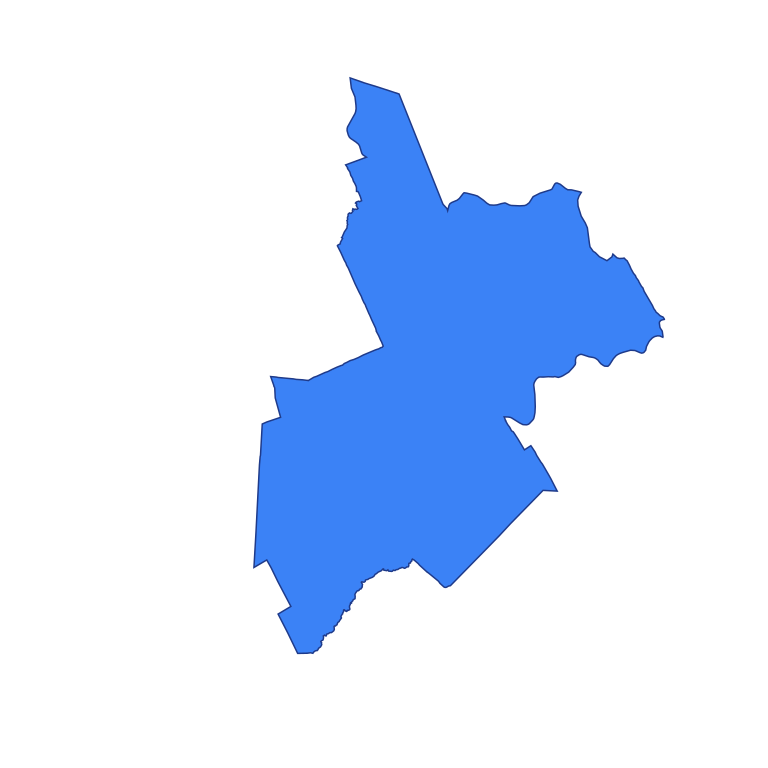 outline of Lugoj, Timis, Romania, rotated 305°
{"feature_id": "2599482B71711166476892", "entity_name": "Lugoj", "entity_type": "district", "adm_level": 2, "iso_a3": "ROU", "parent_name": "Romania", "parent_adm1": "Timis", "projection": "albers", "projection_center": [21.931, 45.705], "detail": "fine", "context": "isolated", "style": "filled", "palette": "blue", "viewbox_px": 768, "rotation_deg": 305, "n_neighbors": 0, "source": "geoboundaries", "source_scale": "gbopen_adm2", "svg_char_len": 6171}
<svg xmlns="http://www.w3.org/2000/svg" viewBox="0 0 768 768"><g transform="rotate(305 384 384)"><path d="M582.2,585.6L582.8,585.4L586.5,582.0L587.1,581.2L588.1,578.6L588.8,577.4L591.7,574.7L592.7,574.1L594.5,574.2L595.3,574.6L596.3,575.3L597.7,576.6L598.1,576.2L598.7,574.7L598.9,573.8L598.6,573.1L598.3,570.8L598.8,568.0L598.9,565.9L599.2,565.1L599.6,564.4L600.5,561.8L602.3,558.8L609.1,544.0L611.3,540.8L611.6,539.0L613.9,534.2L614.6,533.2L615.8,529.6L617.0,527.8L617.8,524.8L620.0,520.3L622.1,516.9L624.4,512.4L624.4,511.2L624.9,508.4L624.2,507.9L621.8,504.8L621.0,502.5L621.7,497.0L618.9,497.8L612.9,495.9L611.8,487.5L612.8,481.8L612.7,479.2L614.5,474.1L616.9,471.7L628.6,461.0L631.4,456.4L634.6,449.3L641.0,441.0L645.8,437.1L649.7,436.0L654.2,435.7L653.4,433.3L650.6,426.3L648.5,423.1L648.3,420.4L648.7,413.9L648.0,410.6L647.2,409.6L646.2,409.2L645.0,409.2L640.0,409.8L638.6,409.1L629.9,402.4L623.0,398.7L615.8,399.0L612.6,398.0L610.9,396.9L607.8,393.0L603.3,385.9L602.6,384.2L601.9,379.8L601.5,379.0L599.0,376.6L595.6,373.9L593.5,371.4L591.3,367.8L591.1,364.4L591.6,359.9L591.6,352.8L590.6,349.6L587.8,342.3L586.6,339.9L585.1,339.6L579.2,339.3L576.5,338.5L571.6,335.4L569.6,334.6L567.6,334.8L562.5,336.7L563.8,335.0L565.0,329.5L565.6,328.4L630.2,230.0L623.9,209.2L619.3,195.0L615.3,180.7L607.5,187.7L602.5,195.6L596.3,201.1L593.6,203.2L591.0,204.5L589.1,205.1L573.7,206.7L572.1,207.3L570.3,208.5L567.5,211.9L566.4,213.9L566.0,215.7L566.1,222.0L565.8,225.5L565.0,227.4L560.4,233.3L559.9,234.3L559.6,235.4L559.7,239.5L541.5,226.9L540.2,230.3L539.6,230.5L538.1,234.4L535.8,237.2L534.5,240.2L532.6,242.6L531.6,244.9L530.0,247.7L528.9,248.9L526.0,251.0L526.7,252.3L525.9,254.0L524.4,256.3L524.3,256.6L521.3,260.5L519.3,259.4L519.3,258.5L517.8,257.3L516.9,256.9L516.0,256.8L515.8,256.9L516.2,257.6L516.1,257.9L515.1,258.9L514.6,258.7L514.3,258.9L512.8,262.0L511.7,261.7L511.2,261.2L510.7,259.9L509.7,259.6L509.8,258.5L509.7,258.0L508.0,258.6L507.6,259.5L505.1,259.3L504.5,258.5L504.5,257.8L503.5,257.4L503.3,257.2L502.3,257.3L500.9,258.3L500.2,258.3L498.9,258.8L498.4,259.6L498.1,259.8L496.5,259.9L496.1,260.8L494.4,261.8L493.9,262.7L492.8,262.9L490.5,264.2L485.8,264.3L480.5,265.4L479.6,265.3L479.6,266.2L479.5,266.6L475.3,267.0L474.1,267.5L473.8,267.8L471.2,266.5L470.5,266.5L467.0,273.1L462.6,280.5L461.3,283.3L459.9,285.2L458.5,288.2L449.5,302.8L444.8,311.2L442.8,315.1L441.0,317.7L439.1,321.0L438.2,323.2L437.3,324.4L433.0,331.3L432.3,332.7L429.7,336.8L425.0,345.0L423.2,347.2L422.9,347.2L420.4,352.1L417.7,356.5L417.3,357.5L414.6,361.6L413.0,361.5L412.2,360.7L409.2,359.2L408.8,358.7L406.5,357.1L395.9,350.4L390.9,347.8L386.9,345.3L383.8,342.9L380.3,341.1L378.0,339.7L375.6,339.2L374.6,338.3L370.8,335.8L366.2,333.1L362.0,330.9L359.6,329.1L351.8,324.5L349.2,322.6L343.4,320.0L343.5,319.8L342.8,318.8L340.8,315.0L337.4,309.4L336.2,306.8L328.6,293.5L327.9,291.8L325.1,286.9L319.8,294.3L318.8,295.4L318.6,296.1L317.8,297.0L310.2,302.9L297.4,318.4L285.7,309.8L281.4,307.2L254.8,323.7L253.5,324.2L246.4,328.3L187.8,365.0L159.1,382.7L172.6,388.9L168.7,397.0L161.3,410.3L148.4,435.3L134.8,429.2L124.8,448.1L113.8,467.8L119.4,475.5L121.7,478.0L122.6,480.2L124.3,480.2L126.0,480.8L127.0,481.7L127.2,482.1L128.3,482.3L130.0,482.0L132.2,482.8L134.3,482.6L135.1,482.3L135.5,481.6L136.4,481.2L136.5,480.4L136.7,480.0L137.8,480.0L139.1,480.8L139.6,480.8L141.3,480.1L142.9,478.8L143.4,479.2L144.0,479.2L144.3,479.5L144.1,480.4L144.5,481.1L146.4,480.6L147.8,481.8L149.1,482.1L150.3,483.6L153.0,484.4L154.4,484.1L156.7,482.2L157.3,482.2L158.0,483.1L158.8,483.1L159.7,483.6L162.1,482.9L163.7,483.5L164.6,483.3L166.5,483.4L167.3,483.2L167.7,483.4L168.1,483.2L168.3,482.7L168.7,482.2L169.2,482.0L171.4,481.8L172.1,482.0L172.6,481.5L174.5,481.4L175.5,480.6L176.0,480.6L176.3,480.9L176.0,482.8L176.2,483.8L176.5,484.0L177.0,483.7L177.6,483.8L177.9,484.4L178.3,484.6L178.5,484.9L179.5,485.3L180.1,485.1L181.5,483.6L182.8,482.9L184.0,482.9L185.1,482.3L185.7,482.9L186.0,482.3L186.8,482.7L187.4,482.5L188.3,482.8L189.7,482.5L191.5,483.4L193.5,482.2L194.9,480.9L196.7,480.6L199.1,480.7L199.5,480.9L200.0,481.6L200.7,481.9L201.8,481.7L203.0,482.7L204.0,482.5L204.4,482.7L205.1,482.6L205.5,482.5L205.8,482.0L207.4,481.5L208.5,479.2L208.9,479.1L209.3,479.4L209.8,480.7L210.6,481.6L211.7,481.8L212.5,481.3L213.2,481.5L214.7,482.9L215.8,483.2L218.9,485.3L220.7,486.0L223.1,485.9L224.3,486.6L226.5,487.1L229.5,488.9L231.8,489.2L232.2,489.7L231.4,490.4L231.5,490.9L232.7,493.4L234.0,493.8L233.4,495.1L234.9,497.8L235.6,498.3L236.8,498.4L237.5,500.0L238.9,500.5L240.0,501.7L241.8,502.4L243.0,503.4L243.9,503.8L244.5,504.8L244.7,506.1L244.9,506.6L245.6,507.1L247.2,507.6L248.1,508.7L248.4,508.8L249.4,508.5L251.2,507.3L251.5,507.3L252.5,508.3L253.9,507.9L255.0,508.3L255.9,507.7L256.6,507.6L257.0,507.8L256.9,508.9L257.1,509.3L256.5,515.1L256.0,516.9L254.6,527.5L254.8,527.6L253.7,541.8L252.8,544.2L252.1,549.7L252.4,550.7L252.9,551.4L254.0,552.1L255.4,552.7L256.9,554.1L326.0,565.5L342.0,567.7L388.1,575.3L395.6,587.3L402.1,575.0L404.4,570.2L409.3,559.6L410.0,557.3L413.1,550.0L414.9,546.9L417.3,540.8L417.7,539.7L410.6,536.8L415.8,525.2L418.5,518.6L419.0,517.0L418.8,516.0L418.9,515.1L420.6,511.9L421.7,508.6L423.0,505.9L423.8,504.8L423.6,504.6L424.6,503.4L426.0,501.3L428.2,504.7L429.1,506.6L429.4,507.8L429.9,517.5L430.4,521.0L431.0,522.1L432.4,524.3L433.7,525.3L434.9,525.8L439.7,526.5L441.4,526.5L443.6,525.7L447.1,524.1L452.2,520.9L461.8,513.7L469.1,507.2L470.9,506.4L472.5,506.1L475.6,506.0L477.0,506.4L478.4,506.9L479.3,507.9L481.2,510.7L484.2,514.4L486.9,518.6L488.1,519.7L489.4,523.0L491.5,524.7L493.6,525.9L499.7,528.5L506.3,529.4L509.6,529.5L511.4,528.7L512.5,527.7L514.0,526.8L515.6,526.2L517.0,526.0L519.9,527.1L521.0,528.0L521.7,529.0L523.9,536.3L525.7,540.1L526.2,541.5L526.4,543.5L526.3,545.7L525.7,547.4L525.0,550.0L525.0,552.9L525.2,554.5L526.6,556.8L527.1,557.3L529.2,557.7L536.4,557.4L540.5,557.9L542.3,558.6L544.2,559.6L547.1,561.7L553.1,566.6L555.4,570.4L556.6,576.0L557.1,577.4L558.2,578.4L559.1,578.8L561.8,579.0L565.3,577.5L570.2,576.8L572.0,576.8L575.7,577.4L578.1,578.5L580.4,580.5L581.5,582.3L582.2,585.6Z" fill="#3b82f6" stroke="#1e3a8a" stroke-width="1.5"/></g></svg>